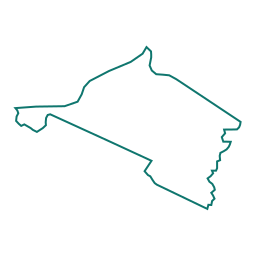 São Roberto, Maranhão, Brazil
{"feature_id": "56859067B29167926577350", "entity_name": "São Roberto", "entity_type": "district", "adm_level": 2, "iso_a3": "BRA", "parent_name": "Brazil", "parent_adm1": "Maranhão", "projection": "albers", "projection_center": [-45.033, -5.022], "detail": "fine", "context": "isolated", "style": "outline", "palette": "teal", "viewbox_px": 256, "rotation_deg": 0, "n_neighbors": 0, "source": "geoboundaries", "source_scale": "gbopen_adm2", "svg_char_len": 1106}
<svg xmlns="http://www.w3.org/2000/svg" viewBox="0 0 256 256"><path d="M237.0,129.4L239.1,127.3L240.1,124.8L240.6,121.9L183.4,83.9L176.3,79.2L169.2,75.3L163.1,74.7L156.2,74.2L151.8,70.5L149.6,65.5L151.2,57.4L151.2,54.5L151.0,51.4L146.5,47.1L142.6,53.7L130.7,61.9L109.0,71.0L89.7,81.0L84.1,87.2L81.7,94.3L77.6,101.7L64.6,106.2L36.2,106.6L15.4,108.1L17.3,110.4L18.3,113.2L16.6,116.5L16.1,120.9L18.7,123.7L21.2,125.9L24.3,124.4L30.7,128.1L32.9,129.9L36.9,131.9L42.8,128.1L45.9,125.2L45.7,122.2L46.1,118.0L47.7,115.0L50.2,114.3L62.9,120.1L111.9,142.5L151.5,160.8L144.6,171.2L148.0,175.1L150.3,176.3L152.5,179.9L154.7,183.1L156.9,184.7L207.3,208.9L208.4,204.8L211.3,205.0L212.1,201.0L214.5,198.7L213.0,195.4L211.3,192.8L214.8,189.8L214.2,187.3L212.3,183.9L209.4,181.7L207.6,178.4L210.6,176.2L213.1,173.3L212.0,170.7L216.0,170.7L217.1,168.2L217.1,165.6L217.1,161.4L220.1,160.2L219.7,155.9L220.4,152.9L223.7,151.2L226.6,149.4L228.7,146.9L229.8,144.6L230.7,141.8L227.2,141.7L223.3,141.7L221.8,137.1L225.1,133.3L224.1,129.6L227.9,129.5L232.5,129.5L237.0,129.4Z" fill="none" stroke="#0f766e" stroke-width="2"/></svg>